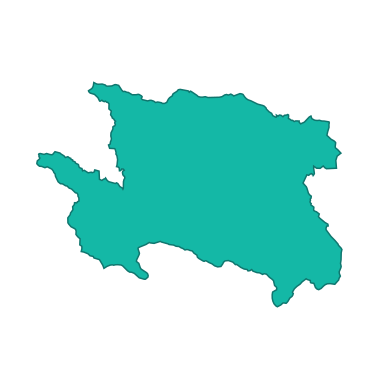 Mu Cang Chai, Yên Bái, Vietnam (orthographic projection), rotated 187°
{"feature_id": "81297802B12607058922832", "entity_name": "Mu Cang Chai", "entity_type": "district", "adm_level": 2, "iso_a3": "VNM", "parent_name": "Vietnam", "parent_adm1": "Yên Bái", "projection": "orthographic", "projection_center": [104.163, 21.805], "detail": "fine", "context": "isolated", "style": "filled", "palette": "teal", "viewbox_px": 384, "rotation_deg": 187, "n_neighbors": 0, "source": "geoboundaries", "source_scale": "gbopen_adm2", "svg_char_len": 6020}
<svg xmlns="http://www.w3.org/2000/svg" viewBox="0 0 384 384"><g transform="rotate(187 192 192)"><path d="M312.1,151.2L311.4,146.3L310.5,145.2L307.9,142.8L303.9,141.3L302.8,140.4L302.2,138.8L302.0,135.7L300.0,133.7L297.4,131.9L296.9,125.8L295.0,124.9L294.6,124.1L294.4,122.0L294.7,119.4L292.1,119.2L287.6,118.0L285.5,116.3L282.2,116.0L281.3,114.6L275.6,113.6L271.6,108.4L270.1,105.5L267.2,107.9L264.2,109.5L262.2,110.0L260.8,109.8L259.3,110.4L257.0,110.8L253.5,110.9L251.9,110.3L246.3,105.9L244.2,104.9L242.1,105.0L239.3,104.2L233.9,100.4L228.8,99.6L227.5,99.8L225.4,102.1L225.3,103.6L226.0,105.3L227.1,106.3L233.1,109.3L234.1,110.5L236.1,114.7L238.7,116.3L238.7,117.8L236.9,123.3L236.7,124.8L238.5,128.7L238.7,129.6L238.4,130.2L237.6,130.8L231.3,134.3L228.3,136.7L227.4,136.4L223.4,136.4L217.5,139.1L216.1,138.6L209.4,137.6L208.4,137.1L203.8,137.1L201.2,136.2L198.2,136.3L196.2,135.3L194.1,134.8L191.9,133.6L190.5,134.2L188.9,134.3L186.8,133.7L185.0,133.6L184.2,133.2L182.7,131.6L179.4,129.9L178.7,128.0L177.2,126.9L172.4,124.8L171.4,124.7L170.2,125.4L169.5,125.4L166.7,124.1L163.3,123.1L160.6,121.5L157.4,120.8L154.2,121.6L152.8,124.2L152.1,126.2L151.2,127.2L150.6,127.7L147.5,128.4L142.9,127.4L140.1,125.2L138.7,125.5L134.4,123.1L130.9,121.9L127.8,121.8L126.8,120.5L124.9,121.0L123.3,122.3L121.9,120.9L117.7,119.9L115.1,120.0L111.9,118.8L110.5,119.7L108.0,119.5L104.9,116.9L101.8,115.1L100.3,113.9L98.6,109.2L96.9,108.1L96.2,107.1L96.1,105.3L99.6,102.7L99.8,102.2L99.9,99.8L99.4,96.3L98.4,93.5L96.9,91.0L94.9,89.2L93.3,88.5L90.1,90.7L88.3,92.8L87.3,93.1L85.1,93.0L84.7,93.3L83.5,95.1L82.0,98.6L80.0,100.6L79.4,101.9L79.1,103.6L80.0,104.4L80.1,104.9L78.6,108.4L76.3,111.2L73.5,113.7L71.7,116.3L68.1,119.8L67.1,119.2L63.8,118.6L63.5,116.9L62.9,116.3L59.9,116.2L57.8,112.2L56.1,110.9L54.3,110.5L52.1,112.0L49.9,114.8L48.4,116.3L46.5,117.4L43.7,117.9L39.0,117.8L35.7,122.6L35.5,124.3L34.5,126.6L35.8,129.0L36.2,130.7L35.0,135.0L34.9,136.4L35.9,139.2L35.8,142.7L36.5,149.9L36.2,153.2L37.3,154.6L40.1,156.9L40.8,158.2L44.2,161.3L48.6,164.8L54.1,170.6L54.5,171.5L54.5,172.7L54.1,174.5L52.7,174.9L53.2,176.6L56.4,178.0L62.2,181.7L63.5,183.0L63.0,185.7L66.0,187.5L67.6,187.9L68.9,188.5L69.1,189.3L69.2,191.8L72.4,193.7L72.5,194.2L72.3,195.1L73.2,195.7L73.7,196.6L73.4,198.1L73.8,199.4L73.1,200.4L73.1,202.4L74.9,203.5L76.3,205.0L78.4,209.8L79.2,211.1L82.9,214.4L80.1,223.0L78.2,222.8L77.1,224.0L75.9,224.8L75.3,224.8L74.7,223.9L74.0,224.0L73.7,223.2L73.1,224.2L72.8,225.3L74.1,230.3L74.4,232.5L71.3,230.8L67.7,231.1L64.9,233.8L63.2,232.3L61.4,231.5L51.5,233.2L53.1,240.9L52.3,245.3L48.9,248.7L52.6,251.8L54.9,253.2L55.4,254.3L55.4,258.4L56.2,259.3L57.4,260.1L60.4,261.3L65.0,264.7L64.7,268.2L63.9,272.9L64.3,275.5L64.2,277.4L64.6,278.3L69.4,278.5L72.0,278.3L74.2,278.7L76.5,278.2L79.0,278.2L82.0,279.4L83.2,281.9L84.8,280.7L89.0,275.0L92.5,272.9L94.2,274.4L94.3,275.5L97.7,275.2L99.2,274.4L100.9,275.4L102.0,275.2L103.9,276.3L105.0,276.6L105.3,276.8L105.3,278.7L105.6,280.2L106.4,280.6L107.5,279.9L109.6,279.4L110.9,277.8L113.0,279.0L114.7,279.0L115.8,277.8L117.6,278.6L117.2,277.2L117.5,276.6L118.1,276.5L121.1,277.6L122.6,279.8L125.3,281.0L128.3,283.4L128.7,284.4L130.7,286.0L132.3,286.5L137.5,287.2L144.7,289.7L147.5,290.3L149.4,291.2L151.4,292.9L153.2,295.0L154.4,295.4L156.4,295.5L162.3,292.4L163.4,293.1L165.4,293.9L167.8,292.6L169.6,293.0L171.4,292.3L173.8,290.3L176.3,289.4L187.7,287.7L190.4,288.2L193.2,287.4L195.5,287.2L197.5,287.5L199.0,288.6L205.1,291.7L206.0,291.9L206.9,290.7L208.1,291.9L216.3,292.4L218.1,291.8L219.2,290.1L222.7,287.2L223.1,286.2L223.2,285.1L225.7,282.9L226.8,281.2L228.0,277.9L229.9,276.6L232.0,276.3L233.4,276.9L236.0,277.1L237.2,277.1L239.1,276.4L241.1,277.5L243.5,278.0L244.9,277.9L247.1,277.0L252.5,277.6L253.6,278.5L253.6,279.3L253.1,280.2L253.2,280.7L254.0,281.3L256.3,282.3L257.4,282.4L259.0,281.8L263.1,281.2L267.4,283.1L268.7,283.0L271.0,283.7L272.6,283.3L274.0,284.4L277.8,288.9L280.7,289.3L281.8,289.1L284.5,287.5L288.8,286.7L290.1,286.8L291.0,287.6L294.2,288.2L298.3,287.5L299.9,287.6L302.8,288.7L302.9,285.4L303.4,283.6L304.2,282.3L307.1,279.9L306.7,279.0L305.2,277.8L300.7,277.0L296.9,274.2L294.8,271.0L294.1,271.0L292.6,272.1L291.2,271.2L289.9,271.0L289.1,271.6L287.5,270.7L286.5,270.7L285.1,269.4L284.6,264.3L282.3,262.8L282.0,262.3L282.2,258.7L280.2,256.4L280.3,255.9L278.3,254.7L277.7,253.7L276.5,252.9L277.0,252.2L277.1,251.1L276.3,249.6L276.9,248.0L277.6,247.9L278.5,246.9L278.2,245.5L278.4,244.2L279.6,240.8L279.4,237.7L278.5,235.3L278.5,233.9L279.1,231.5L279.0,230.1L279.1,229.6L280.6,228.5L279.1,225.3L274.1,225.6L273.5,225.1L272.2,222.1L272.1,220.3L271.0,219.0L269.8,215.1L269.7,209.4L270.0,208.0L268.3,207.8L267.2,207.0L266.6,204.2L265.7,204.4L264.7,205.6L264.5,206.3L262.8,206.3L261.9,205.3L263.2,204.3L263.4,202.7L262.7,200.7L261.9,199.7L260.9,199.3L260.5,198.2L260.5,197.0L261.0,196.2L261.3,193.9L260.6,187.3L260.9,186.4L261.6,187.4L264.3,188.6L266.6,191.3L268.0,191.9L269.2,191.1L276.0,192.1L277.8,193.3L279.5,195.4L279.9,194.6L281.4,193.9L282.8,192.5L285.4,193.3L286.8,201.4L291.2,202.1L291.4,201.7L291.2,200.4L292.0,199.7L293.5,199.0L294.4,199.4L297.4,198.4L301.6,200.4L303.2,199.7L304.1,201.9L305.9,202.2L307.2,203.1L308.1,205.4L311.2,206.5L311.7,207.6L314.2,208.4L314.4,209.3L315.9,209.6L316.5,210.7L317.5,210.8L319.5,211.9L321.9,210.8L323.3,212.2L326.7,213.8L327.8,214.6L332.9,215.3L334.9,212.3L335.6,211.9L337.6,211.9L341.0,212.5L343.4,211.3L347.4,211.7L348.5,211.3L348.8,210.5L348.2,209.5L348.2,208.4L347.2,207.3L347.2,206.8L347.8,205.7L349.3,204.1L349.5,201.7L349.4,201.1L347.9,199.8L346.5,199.0L344.4,199.1L340.9,198.2L338.8,199.4L333.9,197.6L332.3,196.0L331.4,194.4L330.1,193.3L329.4,190.9L326.1,185.8L323.6,184.2L321.5,184.3L318.3,182.8L316.7,182.7L314.4,180.9L311.9,180.3L307.6,177.0L306.1,176.9L305.0,175.7L304.6,173.8L303.6,172.5L303.1,169.3L304.6,168.3L304.7,167.7L305.3,167.1L306.8,167.2L307.3,167.0L307.2,165.3L308.7,162.8L308.1,160.4L308.2,159.6L310.0,156.3L310.1,154.7L312.1,151.2Z" fill="#14b8a6" stroke="#0f766e" stroke-width="1.5"/></g></svg>